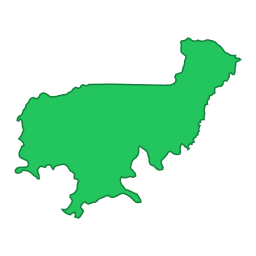 the district of Ponte Alta, Santa Catarina, Brazil
{"feature_id": "56859067B55318119978612", "entity_name": "Ponte Alta", "entity_type": "district", "adm_level": 2, "iso_a3": "BRA", "parent_name": "Brazil", "parent_adm1": "Santa Catarina", "projection": "albers", "projection_center": [-50.297, -27.416], "detail": "fine", "context": "isolated", "style": "filled", "palette": "green", "viewbox_px": 256, "rotation_deg": 0, "n_neighbors": 0, "source": "geoboundaries", "source_scale": "gbopen_adm2", "svg_char_len": 4367}
<svg xmlns="http://www.w3.org/2000/svg" viewBox="0 0 256 256"><path d="M137.0,194.2L135.1,193.5L133.2,192.7L131.2,191.7L128.5,190.4L126.6,189.8L125.1,189.3L124.2,187.9L123.2,186.5L121.9,185.1L120.5,182.5L120.2,180.7L120.5,178.9L121.4,176.8L123.5,177.7L125.9,177.7L127.9,177.0L129.7,176.5L131.7,176.8L133.6,177.2L135.7,175.9L135.1,173.3L134.0,172.1L132.8,170.5L131.4,169.3L130.4,167.8L130.9,165.7L131.3,163.8L132.1,161.2L133.5,159.4L136.1,157.4L138.0,154.8L138.7,151.7L138.5,149.3L138.9,146.6L140.5,146.4L142.4,148.1L144.4,149.4L145.9,150.6L147.1,152.0L147.9,153.8L148.2,155.6L149.1,158.4L149.2,161.6L150.4,164.5L152.3,165.4L153.9,165.9L155.2,167.2L156.8,169.0L158.8,169.9L160.8,169.8L162.7,169.2L163.0,167.4L162.1,165.4L161.0,162.7L161.6,160.4L163.1,158.9L164.6,157.3L166.0,155.6L167.3,154.1L168.1,152.2L169.7,151.5L171.5,151.9L173.8,153.9L176.2,154.4L178.7,154.4L180.3,153.4L180.4,151.4L180.0,149.1L180.3,147.1L180.7,145.4L181.7,143.7L183.8,145.0L185.3,146.9L187.4,147.8L188.5,145.8L189.9,143.7L191.9,144.4L192.2,142.2L194.1,142.2L193.2,138.6L195.6,137.3L196.4,135.5L198.1,134.5L197.4,132.8L199.0,131.5L198.7,128.8L199.9,125.6L198.5,125.1L198.6,123.1L200.6,122.3L200.2,120.5L201.8,119.6L204.1,119.6L204.0,116.8L204.7,113.7L204.1,110.9L204.5,107.9L205.3,104.8L207.5,104.2L207.0,101.8L207.8,100.1L209.1,98.8L209.3,96.0L211.8,95.0L213.1,93.7L214.8,93.1L214.6,90.2L214.7,88.2L216.4,87.2L218.8,86.4L221.2,86.2L223.0,84.3L223.0,82.1L224.8,80.6L226.9,80.9L228.1,78.9L229.3,76.5L229.1,73.8L231.0,72.6L232.3,74.3L234.0,74.5L234.9,72.4L235.0,69.6L235.1,67.4L235.7,65.1L235.7,62.3L240.6,59.7L239.3,58.4L237.1,58.3L235.3,57.6L235.5,55.4L233.2,55.6L230.1,55.1L227.9,53.5L226.0,53.0L224.3,51.6L223.5,50.2L222.1,48.5L220.7,46.7L218.8,45.4L217.0,44.1L215.7,42.4L212.7,41.0L210.5,40.6L208.8,40.1L206.8,39.9L204.5,41.0L202.1,41.3L199.8,40.9L197.7,40.2L196.1,41.0L194.1,41.2L191.8,40.6L190.2,38.9L187.7,38.1L186.3,39.7L184.6,40.5L182.1,40.8L180.7,41.9L181.2,43.8L181.3,46.3L181.0,49.1L181.2,51.7L182.4,53.3L184.1,54.6L186.1,55.9L185.7,58.4L184.8,60.7L184.6,62.8L184.3,64.8L183.4,67.1L182.7,69.1L182.5,71.5L181.1,72.8L178.2,73.6L175.9,74.6L174.9,77.0L175.9,78.6L175.9,81.5L174.6,83.2L172.0,84.5L170.1,85.2L167.7,85.1L165.9,85.3L164.2,85.3L134.5,84.7L111.5,84.2L89.1,84.5L86.7,85.8L84.6,85.4L83.0,84.8L81.4,85.4L80.2,87.7L77.7,88.3L75.9,87.3L73.4,88.7L71.7,91.0L70.0,92.2L68.1,92.9L66.5,94.5L64.9,94.6L63.2,94.8L60.5,95.5L58.4,95.8L56.8,96.5L54.6,96.6L52.3,97.0L49.5,96.4L47.8,94.9L46.1,93.9L43.6,92.9L41.6,93.6L40.1,94.6L39.5,96.3L38.1,98.1L35.6,98.7L33.5,97.5L31.3,98.2L29.7,99.6L29.1,101.4L27.9,103.0L26.2,104.8L25.3,107.9L23.4,110.3L22.6,112.9L21.6,115.1L19.0,116.3L17.6,118.0L17.2,120.4L18.7,121.1L20.3,118.7L21.7,120.3L22.3,123.2L22.4,125.8L22.8,127.7L23.7,129.4L23.0,131.4L22.1,134.0L20.6,136.6L18.8,138.8L20.7,140.0L22.2,141.6L23.5,142.9L23.9,145.3L21.6,146.6L21.0,149.1L19.7,151.1L19.1,153.7L19.7,156.9L21.9,158.3L24.9,159.7L27.3,160.8L28.5,163.2L28.2,165.9L26.9,166.8L25.2,167.1L23.4,167.3L21.3,167.2L19.4,167.4L16.8,168.3L15.4,170.1L15.5,172.1L17.4,173.2L19.4,172.8L21.2,172.1L23.0,170.0L25.2,170.4L27.0,170.8L29.0,171.4L30.6,172.5L32.3,173.9L34.2,175.8L36.1,176.7L37.4,178.7L39.2,178.7L38.9,175.0L37.8,171.9L37.3,170.0L38.3,168.5L39.6,166.6L42.3,166.4L45.1,167.4L46.9,165.2L49.3,164.6L51.3,166.1L52.0,168.0L53.3,169.4L54.6,166.9L56.2,165.8L58.5,165.3L61.5,164.4L64.6,164.3L66.9,165.9L68.1,167.0L69.3,169.4L70.5,170.9L71.9,171.7L73.4,172.7L74.6,174.5L74.2,176.5L74.2,178.6L77.3,179.2L78.7,181.1L77.8,182.7L77.2,184.8L77.4,187.8L76.8,189.8L75.2,192.1L74.0,193.3L72.0,194.4L70.3,194.9L70.1,197.3L71.6,199.1L72.3,200.8L71.7,202.6L70.5,204.7L68.7,207.3L66.6,209.3L64.9,209.6L62.2,209.4L63.6,211.3L66.1,213.2L68.3,214.2L70.3,214.7L72.4,213.1L74.9,212.3L75.6,214.7L74.9,217.0L76.7,217.4L78.5,217.9L80.1,216.7L80.9,215.2L82.4,213.1L83.4,211.1L82.3,209.4L80.6,207.9L81.2,205.3L82.8,203.1L84.9,201.8L86.4,203.0L88.2,204.0L90.4,203.4L92.6,202.4L95.3,202.1L97.0,201.1L98.4,199.3L99.9,198.5L101.7,197.8L103.7,197.1L105.7,195.9L108.0,195.5L110.7,197.0L113.3,197.3L115.6,196.4L117.8,195.4L119.7,194.2L121.8,193.5L123.5,193.3L125.2,193.9L126.7,194.5L128.2,195.5L129.9,196.7L131.7,198.1L133.8,200.2L135.7,202.0L138.1,202.6L140.9,202.1L140.5,199.9L139.5,198.2L138.0,196.0L137.0,194.2ZM187.4,147.8L187.9,149.6L189.2,148.4L187.4,147.8Z" fill="#22c55e" stroke="#15803d" stroke-width="1.5"/></svg>